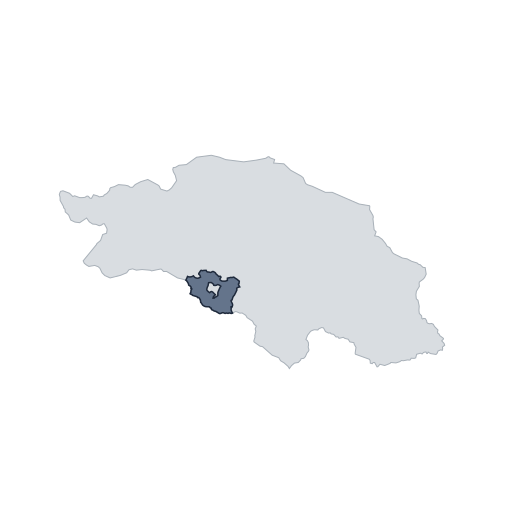 Mongolia, with Selenge highlighted, rotated 196°
{"feature_id": "MNG-3326", "entity_name": "Selenge", "entity_type": "Province", "adm_level": 1, "iso_a3": "MNG", "parent_name": "Mongolia", "parent_adm1": "", "projection": "mercator", "projection_center": [106.313, 49.491], "detail": "fine", "context": "in_parent", "style": "filled", "palette": "slate", "viewbox_px": 512, "rotation_deg": 196, "n_neighbors": 0, "source": "natural_earth", "source_scale": "10m", "svg_char_len": 7784}
<svg xmlns="http://www.w3.org/2000/svg" viewBox="0 0 512 512"><g transform="rotate(196 256 256)"><path d="M50.9,216.7L52.5,216.7L54.8,214.9L55.1,212.4L55.8,211.0L61.4,210.3L64.0,211.1L64.4,209.5L64.9,209.3L66.2,210.6L67.5,210.0L68.4,209.4L69.3,207.6L71.2,207.9L74.5,205.8L74.4,202.1L75.7,201.2L78.7,200.5L79.0,198.8L79.6,198.3L81.8,197.8L85.6,195.9L87.3,195.7L88.7,194.0L92.0,191.8L97.1,190.8L97.5,189.7L102.1,186.2L107.0,186.1L108.4,183.1L109.1,182.8L112.6,186.3L114.0,185.9L114.6,184.5L116.6,184.5L117.5,187.0L118.7,188.0L133.4,189.0L133.9,189.9L134.7,195.7L137.4,198.4L138.1,199.7L142.1,199.3L144.4,201.4L147.9,201.3L149.7,201.9L153.1,199.9L153.9,199.9L155.0,200.9L156.7,200.2L159.8,202.1L162.3,201.8L163.5,202.6L164.9,201.9L168.4,202.5L171.3,205.5L173.2,205.3L175.6,203.3L176.2,201.9L179.6,201.2L181.5,199.9L182.8,198.6L184.6,194.1L185.0,189.5L183.3,188.8L181.8,187.2L180.9,184.7L180.8,183.0L179.2,180.3L179.3,179.0L180.3,176.6L180.8,172.9L181.9,170.8L184.3,169.7L184.5,168.2L186.0,165.3L189.6,163.6L191.7,160.3L192.9,157.0L194.7,158.7L199.5,161.0L203.5,162.1L206.1,164.5L213.1,165.1L224.8,170.7L227.2,170.4L234.1,172.8L234.7,173.6L234.6,177.8L235.2,179.0L235.4,183.5L236.7,185.7L236.4,188.4L237.0,189.2L238.7,189.6L241.4,192.4L247.6,194.3L249.4,196.1L253.6,197.4L255.8,196.6L259.3,197.1L260.6,196.8L262.8,194.6L264.3,194.0L272.3,192.3L274.5,190.9L276.0,190.7L282.3,192.0L286.7,194.1L293.0,193.9L296.0,196.2L297.2,198.4L299.7,200.4L308.5,201.2L308.9,201.6L308.7,206.3L309.1,207.0L314.8,212.1L317.4,213.6L325.4,213.3L337.7,216.5L340.6,215.6L343.2,217.2L344.3,217.1L352.3,212.9L353.5,213.2L361.8,211.6L367.1,209.4L371.1,209.6L374.3,207.8L375.7,204.2L381.0,200.0L390.2,194.7L395.9,195.5L399.3,197.4L402.7,201.2L404.7,202.2L408.4,202.5L413.8,199.9L416.5,200.6L419.1,201.7L420.8,203.7L412.5,223.0L412.4,224.1L409.7,228.1L409.3,234.4L405.9,236.7L406.4,240.3L407.1,241.6L410.7,245.2L412.0,244.7L413.0,243.2L415.0,241.9L418.6,242.3L421.8,241.7L425.7,242.9L429.3,245.8L434.7,239.4L439.5,238.7L444.0,239.5L447.4,243.8L451.5,245.8L452.5,248.3L454.2,249.3L454.6,250.4L459.6,255.4L460.6,258.6L462.0,260.8L461.9,263.2L461.6,264.3L459.5,265.5L452.5,264.9L448.5,262.7L446.9,263.9L441.6,263.5L438.6,264.4L436.5,265.3L435.3,266.8L434.3,267.2L433.4,267.1L431.8,265.9L430.5,265.9L430.0,266.2L429.1,270.1L424.6,270.1L423.0,269.6L419.2,271.4L418.7,272.9L416.6,275.0L414.8,278.9L415.1,280.5L414.6,281.6L411.2,283.7L407.9,286.7L401.3,288.0L398.2,288.2L395.9,287.4L393.6,288.0L391.8,291.4L387.4,295.6L381.1,299.7L369.8,297.2L368.4,296.6L366.1,294.0L359.5,293.9L357.6,295.6L355.9,298.2L353.1,306.5L355.7,311.1L358.7,314.2L359.9,316.3L359.9,318.2L357.9,319.0L355.0,322.0L348.1,324.7L340.3,334.6L326.7,340.5L318.3,340.9L311.7,340.3L293.8,343.1L282.2,348.2L273.6,352.6L271.8,354.7L270.9,355.0L269.3,354.2L264.7,353.9L264.7,350.2L254.6,352.3L246.4,348.0L234.7,345.3L232.3,344.3L228.3,339.4L226.2,338.7L221.0,338.5L206.8,336.3L200.2,338.2L171.3,334.4L160.7,335.6L160.3,335.1L159.6,331.9L154.7,327.1L154.0,325.8L153.8,323.9L149.7,313.8L147.2,312.3L147.5,308.1L143.6,308.4L139.3,306.8L134.9,303.7L132.7,301.5L129.7,300.9L125.8,296.9L124.0,296.1L114.7,294.4L110.0,294.9L104.9,293.8L99.2,293.7L97.4,292.8L95.8,292.9L92.4,291.1L90.2,291.5L87.4,285.5L88.0,281.7L89.1,279.5L91.8,276.1L91.7,274.8L90.6,271.8L92.1,266.3L91.6,262.9L90.1,259.0L88.1,258.1L85.3,252.8L84.4,248.7L83.2,245.8L80.3,244.1L79.3,241.6L78.4,241.4L77.8,242.2L76.1,242.5L74.3,241.0L73.3,239.1L72.3,238.7L70.4,238.7L68.6,239.6L66.7,239.2L65.1,237.5L60.7,235.0L60.6,233.1L59.9,231.8L58.6,231.5L57.3,230.1L53.1,228.5L53.0,227.6L54.1,225.6L51.2,223.9L50.0,222.2L51.7,219.9L51.0,218.3L50.9,216.7Z" fill="#d9dde1" stroke="#a8b0b8" stroke-width="1"/><path d="M275.3,190.6L279.3,191.7L281.1,191.6L281.4,191.7L282.1,191.9L282.7,192.1L283.4,192.1L283.7,192.1L284.4,192.7L284.5,192.9L284.5,193.0L284.5,193.4L284.6,193.5L285.7,193.6L286.0,193.8L286.5,194.2L286.8,194.3L287.1,194.3L289.6,193.6L290.9,193.4L292.3,193.6L293.5,194.0L294.0,194.3L295.9,196.0L296.4,196.2L296.5,196.4L296.7,197.2L296.8,197.4L297.1,197.6L297.2,197.8L297.2,198.0L297.4,198.5L297.5,198.7L297.6,198.8L298.0,199.0L298.8,199.8L299.2,200.0L299.6,200.2L300.0,200.2L300.3,200.0L300.6,199.9L301.4,200.6L306.1,200.7L306.3,200.8L306.8,201.2L307.1,201.3L307.5,201.2L308.2,201.4L308.9,201.5L309.0,201.7L308.9,202.2L308.8,202.5L308.7,202.8L308.6,203.1L308.7,203.5L308.9,204.5L309.0,205.2L309.0,205.5L308.9,205.7L308.6,206.4L308.6,206.7L308.8,206.8L309.1,206.9L309.6,206.8L309.7,207.0L309.6,207.4L309.6,207.7L309.7,208.0L310.0,208.3L310.9,209.0L311.2,209.1L312.2,209.3L312.6,209.4L312.8,209.6L312.9,209.9L313.0,210.1L313.1,210.4L313.8,211.3L315.6,212.9L316.4,213.5L316.8,213.5L316.4,215.5L316.2,217.5L315.7,217.4L315.3,217.4L313.8,217.6L313.4,217.8L312.5,218.2L311.7,218.7L311.5,218.9L311.1,219.3L310.7,219.7L309.5,218.8L309.2,218.7L308.7,218.5L308.4,218.4L307.9,218.4L306.9,218.4L306.6,218.4L305.8,218.6L305.4,218.8L304.5,219.5L303.5,220.3L304.2,221.6L304.4,221.8L304.8,222.2L305.6,222.6L305.8,222.7L306.0,222.8L306.1,223.1L306.2,223.4L306.1,223.9L305.8,224.6L305.6,225.4L305.3,226.1L305.2,226.6L305.0,226.9L304.9,227.0L304.6,227.1L304.4,227.2L303.7,227.1L303.4,227.1L303.2,227.2L302.8,227.5L302.3,227.7L301.5,228.0L300.0,228.5L299.4,227.8L299.2,227.6L298.7,227.4L298.2,227.3L297.7,227.4L296.7,227.6L295.5,227.6L295.1,227.7L294.9,227.8L294.5,228.1L294.2,228.4L293.7,229.0L293.3,229.1L292.8,229.3L292.4,229.2L291.3,229.0L290.8,228.8L290.1,228.4L289.9,228.1L289.7,227.9L287.7,226.9L286.1,226.0L285.7,226.3L285.4,226.5L284.8,226.7L284.1,226.3L283.9,226.1L283.8,225.9L284.0,225.2L284.3,224.5L284.3,224.0L284.2,223.7L283.9,223.2L283.5,222.9L283.0,222.8L281.8,222.5L279.4,223.1L278.6,223.4L278.3,223.5L277.7,224.0L276.8,224.6L277.0,225.2L277.2,226.2L277.4,226.8L276.6,227.3L275.7,227.7L275.0,228.1L274.6,228.4L274.3,228.5L273.6,228.6L273.2,228.7L272.4,229.1L272.1,229.3L271.9,229.5L271.6,229.5L271.3,229.5L270.6,229.3L269.8,228.9L268.9,228.7L268.2,228.5L267.3,228.1L265.1,227.2L265.0,226.4L264.8,225.0L265.0,224.7L264.9,224.6L265.1,224.4L265.2,224.1L264.8,223.5L264.3,222.9L263.7,222.4L263.1,221.8L264.3,221.1L264.9,220.6L265.3,220.2L265.5,219.9L265.6,219.7L265.6,219.4L265.5,219.1L265.1,218.3L265.0,217.8L265.2,216.9L265.4,215.4L265.7,214.0L265.9,212.7L266.2,212.0L266.5,211.4L266.8,210.3L266.9,209.9L266.9,209.2L266.9,207.2L267.7,206.4L267.4,205.7L267.1,205.3L265.6,203.7L265.2,203.0L265.0,202.6L264.9,202.2L264.9,201.6L264.9,200.5L265.5,200.5L265.8,200.4L266.0,200.3L266.1,200.1L265.4,199.2L265.4,198.5L265.3,198.1L265.1,197.5L265.0,197.2L264.0,195.8L262.8,194.7L263.1,194.4L263.5,194.1L264.4,193.9L265.7,194.0L266.1,193.9L266.4,193.7L266.9,193.2L267.2,193.1L268.4,193.1L268.8,193.0L269.6,192.5L269.8,192.3L270.3,192.3L271.8,192.5L272.1,192.4L272.5,192.3L272.8,192.2L274.2,191.0L274.7,190.7L275.3,190.6ZM288.6,209.6L288.2,209.5L287.5,209.3L287.0,209.0L286.5,208.7L285.9,208.4L285.5,208.1L284.9,207.9L284.4,207.7L284.5,207.3L284.8,206.7L285.5,205.8L285.6,205.6L285.7,205.2L285.7,204.8L285.7,203.7L284.6,204.0L284.4,204.2L284.1,204.9L283.8,205.3L283.6,205.5L283.4,205.6L282.7,206.1L282.6,206.3L282.3,206.9L282.1,207.1L281.8,207.4L281.9,208.0L282.1,208.5L282.1,209.0L282.2,209.3L282.5,209.7L282.5,210.0L282.6,210.7L282.5,211.5L282.5,211.9L282.2,213.9L282.0,215.4L281.7,216.8L281.5,217.3L282.3,217.6L282.8,217.8L284.1,218.0L284.4,218.0L284.8,218.0L285.1,217.9L285.4,217.6L285.9,217.1L286.7,216.6L287.5,216.3L287.8,216.3L288.5,216.2L288.9,216.9L289.5,217.3L290.0,217.5L291.6,218.2L293.1,217.7L294.2,217.3L294.1,215.8L293.9,214.7L294.0,213.7L294.2,212.6L294.2,211.4L294.2,210.6L294.1,210.3L293.9,209.9L293.7,209.7L293.4,209.3L293.2,209.2L292.7,209.0L292.3,208.7L291.9,208.5L290.4,208.0L290.0,208.7L289.7,209.1L289.2,209.5L288.9,209.6L288.6,209.6Z" fill="#64748b" stroke="#1e293b" stroke-width="1.5"/></g></svg>